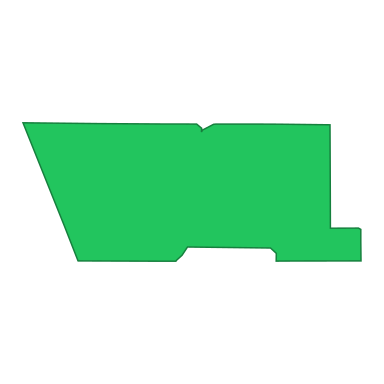 outline of Bernalillo, New Mexico, United States of America
{"feature_id": "52423323B92421028430791", "entity_name": "Bernalillo", "entity_type": "district", "adm_level": 2, "iso_a3": "USA", "parent_name": "United States of America", "parent_adm1": "New Mexico", "projection": "albers", "projection_center": [-106.564, 35.045], "detail": "fine", "context": "isolated", "style": "filled", "palette": "green", "viewbox_px": 384, "rotation_deg": 0, "n_neighbors": 0, "source": "geoboundaries", "source_scale": "gbopen_adm2", "svg_char_len": 607}
<svg xmlns="http://www.w3.org/2000/svg" viewBox="0 0 384 384"><path d="M330.3,194.0L330.0,124.8L279.0,124.2L260.7,124.1L246.2,124.1L223.7,124.1L217.4,124.1L215.8,124.1L213.6,124.3L202.6,130.0L201.4,132.0L201.7,128.3L196.7,124.1L195.7,124.1L194.8,124.1L184.3,124.0L173.8,124.0L162.9,124.0L98.8,123.6L23.0,122.8L64.6,226.5L77.9,260.5L78.1,260.9L161.6,261.2L175.9,261.2L176.5,260.3L182.1,255.2L187.5,247.0L270.5,248.0L275.3,252.4L276.3,253.4L276.2,261.1L292.7,261.0L361.0,260.9L360.8,241.6L360.8,229.4L358.5,228.1L333.3,228.2L330.4,228.2L330.3,194.0Z" fill="#22c55e" stroke="#15803d" stroke-width="1.5"/></svg>